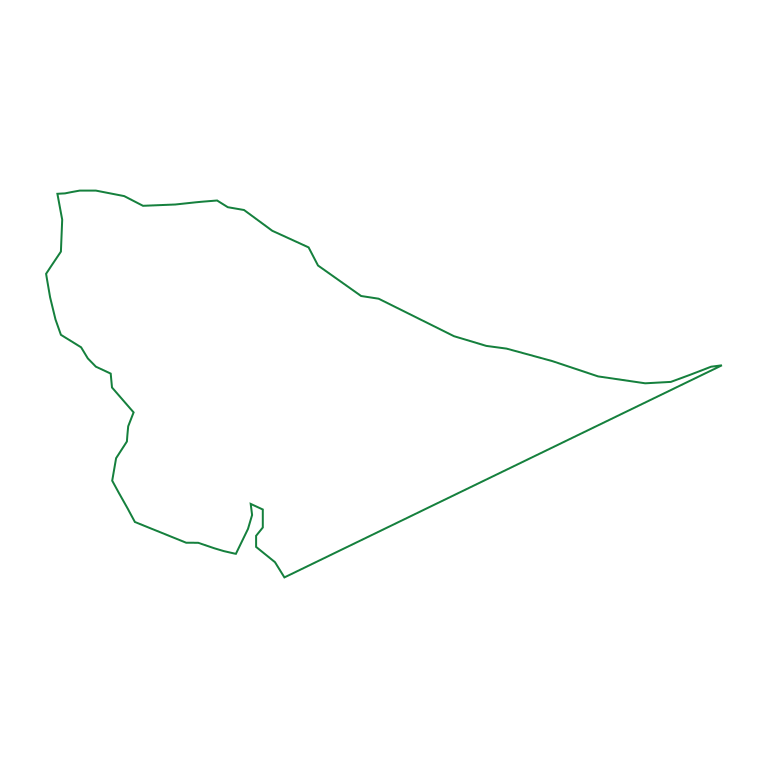 Sapphire, Soufrière, Saint Lucia
{"feature_id": "8701671B57170093007223", "entity_name": "Sapphire", "entity_type": "district", "adm_level": 2, "iso_a3": "LCA", "parent_name": "Saint Lucia", "parent_adm1": "Soufrière", "projection": "albers", "projection_center": [-61.049, 13.85], "detail": "fine", "context": "isolated", "style": "outline", "palette": "green", "viewbox_px": 768, "rotation_deg": 0, "n_neighbors": 0, "source": "geoboundaries", "source_scale": "gbopen_adm2", "svg_char_len": 961}
<svg xmlns="http://www.w3.org/2000/svg" viewBox="0 0 768 768"><path d="M217.1,200.5L202.2,201.7L195.8,202.3L175.3,204.5L143.0,205.8L124.2,196.1L95.9,190.6L79.7,190.6L71.4,192.1L64.9,193.4L62.6,193.5L57.4,193.8L62.2,219.7L60.9,251.6L50.9,266.5L46.1,273.8L46.9,278.7L50.1,297.3L55.5,319.5L60.9,334.8L65.4,337.6L81.1,347.3L87.8,358.4L95.9,366.7L110.7,373.6L112.0,387.5L133.6,412.4L128.2,426.3L127.4,434.9L126.9,441.5L116.1,458.2L112.2,480.7L118.8,492.8L126.8,507.0L128.2,509.5L128.7,510.5L134.9,522.0L186.1,542.7L198.2,542.8L214.4,548.3L223.8,551.1L234.7,553.6L235.9,553.8L248.0,528.9L252.1,515.0L250.7,503.9L262.8,509.5L262.8,527.5L256.1,535.8L256.1,546.9L275.0,562.2L284.4,577.4L721.9,365.3L715.1,366.2L711.1,366.7L689.6,375.0L670.8,381.9L645.2,383.3L598.1,376.4L552.3,361.1L506.5,348.6L486.3,345.9L454.0,336.2L378.6,298.7L361.1,296.0L318.0,265.5L308.6,247.4L272.3,230.8L244.0,210.0L227.8,207.2L217.1,200.5Z" fill="none" stroke="#15803d" stroke-width="2"/></svg>